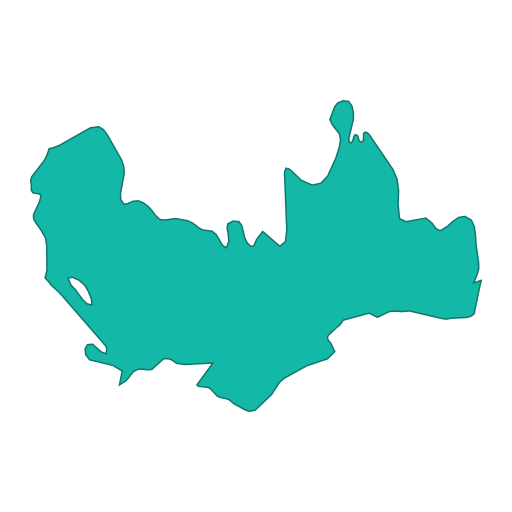 SVG path tracing the border of Namangan
{"feature_id": "UZB-365", "entity_name": "Namangan", "entity_type": "Region", "adm_level": 1, "iso_a3": "UZB", "parent_name": "Uzbekistan", "parent_adm1": "", "projection": "albers", "projection_center": [71.207, 41.083], "detail": "fine", "context": "isolated", "style": "filled", "palette": "teal", "viewbox_px": 512, "rotation_deg": 0, "n_neighbors": 0, "source": "natural_earth", "source_scale": "10m", "svg_char_len": 2674}
<svg xmlns="http://www.w3.org/2000/svg" viewBox="0 0 512 512"><path d="M49.4,148.4L51.0,148.5L59.5,145.3L90.2,127.9L98.7,126.7L103.4,129.6L107.6,135.3L121.4,159.7L123.8,166.5L124.2,173.5L120.4,193.9L120.8,199.7L123.9,204.3L127.9,203.6L132.8,201.3L138.4,200.8L143.2,202.8L147.7,206.1L151.8,210.4L155.3,215.2L159.8,219.5L164.8,220.1L175.6,218.5L187.5,220.7L193.0,223.3L198.2,227.4L202.7,230.0L212.1,231.2L216.1,234.5L222.4,245.2L226.4,247.9L228.8,241.5L228.3,234.5L227.1,228.5L227.8,223.9L233.0,221.1L238.9,221.6L241.8,225.6L244.8,238.1L247.2,242.8L250.4,246.2L253.8,246.0L256.5,239.6L262.7,231.5L279.9,246.3L285.5,241.5L286.8,229.9L284.5,172.5L286.0,168.2L289.4,169.1L301.5,180.4L312.3,185.1L320.8,183.3L327.7,176.0L335.9,158.0L339.4,146.8L340.5,140.1L339.5,134.0L332.5,125.0L329.9,119.5L329.9,119.4L334.8,106.6L337.8,102.9L343.3,100.7L348.7,101.5L351.9,105.9L353.3,112.3L353.4,119.3L348.9,138.0L349.1,142.0L351.5,142.9L352.9,140.2L353.9,136.5L355.1,134.7L357.8,135.8L359.1,141.1L361.5,142.2L363.5,140.4L363.6,133.4L365.2,132.0L367.3,132.8L369.3,134.7L393.0,169.6L397.1,179.4L398.6,190.4L398.1,204.5L399.5,218.6L406.0,221.7L425.9,218.1L432.0,223.1L435.9,228.5L440.2,230.8L447.6,226.2L453.0,221.3L458.8,217.4L464.9,216.4L471.3,220.1L474.3,226.5L475.5,235.5L476.1,245.0L478.6,262.3L478.7,268.9L477.0,274.8L473.7,282.8L481.3,280.4L479.9,285.8L474.2,313.5L472.3,315.4L471.2,316.0L469.7,316.7L465.9,317.5L450.8,318.2L446.7,319.1L442.3,318.6L409.3,310.9L402.4,311.6L396.3,311.2L390.8,311.3L387.9,312.2L377.4,317.3L369.1,313.1L343.1,320.2L339.8,325.1L336.7,327.4L328.5,335.1L327.5,337.0L327.7,339.3L330.8,343.3L334.8,351.6L327.5,358.8L306.7,365.8L284.4,378.1L279.5,382.3L271.5,394.6L255.1,410.2L249.3,411.3L245.7,410.2L234.2,403.9L229.1,399.7L226.3,398.7L221.6,397.8L219.0,396.9L217.2,395.9L210.0,388.4L208.1,387.4L198.3,386.3L196.9,384.9L212.9,363.0L184.4,364.5L176.4,363.3L174.7,361.9L172.7,360.4L168.8,358.8L163.7,358.7L151.8,369.4L148.5,369.8L141.4,369.1L138.0,369.3L133.8,371.3L131.0,374.4L128.6,377.8L125.9,380.8L119.4,384.9L120.0,382.1L122.2,370.9L112.6,365.3L89.6,359.8L85.7,354.6L85.1,348.9L87.5,344.7L92.5,344.2L101.2,351.9L106.2,353.8L106.7,347.6L104.7,344.7L59.1,292.3L51.3,285.3L50.5,284.3L49.9,283.2L45.1,277.9L47.0,270.1L46.7,245.5L45.6,238.1L40.6,229.4L35.7,222.6L34.1,219.9L33.5,217.7L33.5,215.5L34.0,213.4L38.8,203.3L39.6,201.3L40.8,196.6L39.9,194.0L33.0,192.9L32.2,191.7L31.3,190.0L31.3,184.8L30.7,181.0L31.1,178.6L31.8,176.7L44.2,160.5L46.5,156.2L49.4,148.4ZM91.9,305.0L91.5,299.3L88.3,291.3L84.9,285.5L79.1,280.2L72.2,277.2L68.1,278.2L71.0,285.1L71.3,285.4L75.4,289.7L82.7,299.7L86.9,303.8L91.9,305.0Z" fill="#14b8a6" stroke="#0f766e" stroke-width="1.5"/></svg>